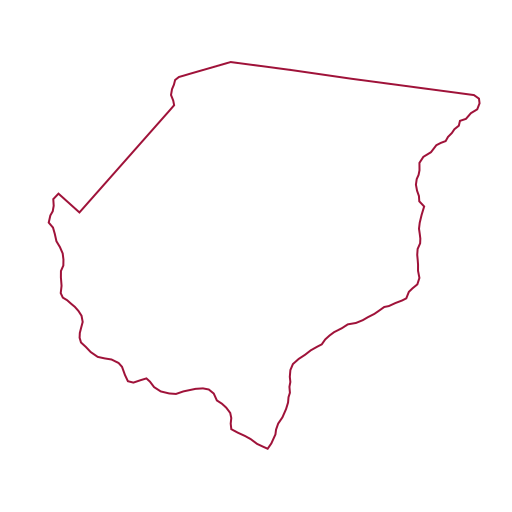 Canápolis, Bahia, Brazil (orthographic projection), rotated 275°
{"feature_id": "56859067B78655740096110", "entity_name": "Canápolis", "entity_type": "district", "adm_level": 2, "iso_a3": "BRA", "parent_name": "Brazil", "parent_adm1": "Bahia", "projection": "orthographic", "projection_center": [-44.237, -13.1], "detail": "fine", "context": "isolated", "style": "outline", "palette": "rose", "viewbox_px": 512, "rotation_deg": 275, "n_neighbors": 0, "source": "geoboundaries", "source_scale": "gbopen_adm2", "svg_char_len": 1954}
<svg xmlns="http://www.w3.org/2000/svg" viewBox="0 0 512 512"><g transform="rotate(275 256 256)"><path d="M65.0,284.4L70.6,287.6L75.7,289.4L79.9,290.9L84.8,291.1L91.0,292.7L97.6,296.4L106.2,299.3L112.8,300.7L118.2,300.7L122.7,301.7L128.6,300.7L133.5,301.2L138.6,300.2L145.4,300.2L151.6,302.2L157.2,307.5L161.9,313.5L166.9,318.9L171.0,324.9L173.7,329.2L178.9,332.2L183.3,336.3L187.0,340.5L191.6,347.9L195.9,353.4L198.0,361.4L201.4,368.0L204.8,372.8L208.6,378.9L212.3,383.4L216.4,388.2L217.7,392.7L221.3,399.0L224.4,405.4L226.9,409.4L233.6,411.4L237.4,414.7L241.8,419.2L248.4,420.7L255.4,418.7L261.4,418.2L266.3,417.4L271.2,416.5L277.1,416.4L282.9,418.4L287.6,418.2L292.3,417.2L297.4,416.0L303.4,416.2L311.4,417.4L320.0,419.2L324.7,413.9L329.9,413.1L335.2,410.7L341.0,409.1L346.6,409.4L351.0,410.9L355.6,411.4L363.0,410.7L369.4,414.1L374.7,421.3L382.1,426.0L384.8,430.3L387.0,434.9L391.4,436.9L395.6,440.4L399.6,442.6L403.5,446.7L408.4,447.4L410.9,453.2L417.0,457.6L421.4,463.6L427.6,465.4L432.2,464.4L435.3,459.1L440.9,335.4L444.3,275.5L447.0,213.8L431.7,174.1L429.6,168.8L427.6,163.6L424.3,160.1L419.5,159.3L414.9,157.8L409.0,157.3L403.6,160.0L399.1,161.3L394.5,158.0L284.0,76.3L300.9,53.8L295.0,49.1L288.4,50.1L282.8,49.6L278.5,47.6L271.2,46.6L266.6,51.3L260.6,53.6L253.3,55.9L247.8,59.9L241.7,63.2L235.6,64.5L229.7,64.9L224.1,63.0L217.7,63.5L209.3,64.9L202.0,64.7L197.7,67.2L195.5,71.7L192.3,76.0L189.6,79.9L185.8,83.9L181.3,87.4L175.2,89.1L169.5,88.1L164.0,87.2L159.2,87.4L154.6,89.2L150.6,94.4L145.9,99.7L141.7,107.1L140.8,114.2L140.3,121.1L137.4,128.5L133.9,132.2L126.1,135.8L120.1,139.3L119.2,144.9L122.3,152.0L124.5,157.5L121.6,161.3L116.5,165.9L112.8,172.9L111.5,181.5L111.6,188.3L114.8,195.5L118.4,207.4L119.5,214.7L118.9,220.6L115.3,225.9L108.7,229.6L105.9,234.9L102.3,239.6L97.4,244.0L92.4,245.5L86.8,245.4L81.3,246.5L78.4,253.3L75.8,260.6L73.1,266.7L68.9,273.5L66.6,279.8L65.0,284.4Z" fill="none" stroke="#9f1239" stroke-width="2"/></g></svg>